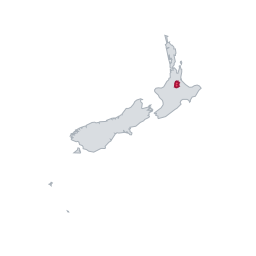 South Waikato District, Waikato, New Zealand (highlighted), rotated 21°
{"feature_id": "76426892B10420121574176", "entity_name": "South Waikato District", "entity_type": "district", "adm_level": 2, "iso_a3": "NZL", "parent_name": "New Zealand", "parent_adm1": "Waikato", "projection": "natural_earth1", "projection_center": [175.86, -38.168], "detail": "fine", "context": "in_parent", "style": "filled", "palette": "rose", "viewbox_px": 256, "rotation_deg": 21, "n_neighbors": 0, "source": "geoboundaries", "source_scale": "gbopen_adm2", "svg_char_len": 4686}
<svg xmlns="http://www.w3.org/2000/svg" viewBox="0 0 256 256"><g transform="rotate(21 128 128)"><path d="M133.6,104.6L134.6,104.7L139.1,101.4L141.0,100.7L141.4,100.6L140.5,101.6L140.7,102.3L139.7,104.5L140.5,104.2L141.1,102.6L141.6,102.3L141.4,101.4L144.1,101.7L143.2,103.3L141.8,104.2L142.7,104.3L144.7,102.7L144.7,103.6L142.1,106.3L142.9,107.8L142.2,109.0L143.0,108.8L144.0,109.8L143.4,111.0L140.5,114.1L140.1,115.6L137.5,118.4L134.7,123.5L129.5,126.7L130.5,127.6L128.7,128.9L130.2,128.6L131.2,130.6L133.5,131.2L133.7,133.1L132.2,133.6L130.7,132.7L128.6,133.0L129.3,132.3L128.4,131.8L126.8,133.3L124.5,131.5L125.8,133.6L121.2,136.1L119.4,136.3L118.7,137.6L117.6,137.7L118.3,138.1L116.9,144.8L115.7,144.8L116.8,145.6L116.7,146.2L115.2,148.2L113.2,153.3L114.0,154.5L113.9,155.4L110.2,156.7L104.7,162.8L99.7,163.7L96.8,163.0L93.5,163.4L92.9,161.7L91.7,160.8L88.7,160.8L87.3,158.9L86.0,158.4L84.6,159.4L80.0,159.3L79.1,159.0L78.9,158.3L80.6,156.3L79.0,157.4L78.3,157.3L79.0,156.4L78.8,155.6L76.9,156.4L77.0,154.7L81.2,153.6L79.6,153.5L79.4,152.9L81.1,151.7L78.8,151.8L79.2,150.3L80.4,150.3L79.9,149.2L82.4,150.3L82.1,149.3L83.0,149.0L81.3,148.3L81.2,147.2L82.1,146.4L83.2,146.7L82.4,145.8L84.4,143.9L85.0,145.3L85.1,143.3L87.6,141.3L88.7,142.1L88.2,140.3L92.5,135.7L94.9,134.5L96.3,134.7L98.5,133.3L99.5,133.8L99.1,132.8L99.4,132.3L105.2,129.7L105.2,128.8L105.8,128.7L105.4,128.4L108.6,125.5L110.0,125.7L109.2,124.9L110.5,124.1L111.9,124.7L111.1,123.8L112.3,123.3L112.9,124.0L113.0,122.9L114.9,120.6L115.3,122.4L115.6,122.2L115.4,120.4L116.8,118.2L117.9,117.7L117.4,117.1L119.3,110.4L121.5,109.5L123.3,107.5L124.6,103.8L124.9,100.9L126.1,98.8L129.3,96.2L132.0,96.2L130.1,96.4L129.9,97.8L130.5,99.0L132.5,99.8L133.6,104.6ZM131.6,29.2L134.5,34.2L136.0,32.7L136.2,33.9L139.1,35.2L139.6,34.8L142.0,36.1L142.3,37.8L143.9,37.2L146.0,41.0L145.7,41.9L146.3,43.3L144.7,43.4L148.4,49.1L147.9,51.2L148.5,52.5L147.7,55.1L149.2,55.9L149.7,55.2L152.9,56.8L153.6,59.2L155.0,59.1L154.5,53.4L153.6,51.9L154.3,51.0L156.3,54.0L157.1,53.9L158.1,56.4L159.1,61.8L160.3,63.4L159.6,63.2L159.5,63.6L160.1,64.1L166.1,66.8L170.6,68.0L173.2,66.9L174.7,64.8L177.2,63.1L179.6,63.2L182.0,64.6L180.6,67.6L179.5,74.2L176.8,76.1L176.2,79.5L176.7,80.8L176.2,81.9L175.1,80.5L172.8,80.1L168.8,81.7L167.7,83.3L167.5,85.4L169.0,86.7L166.6,92.1L165.3,93.7L159.0,103.9L153.0,108.3L152.3,107.9L151.8,106.2L149.3,106.2L149.4,104.2L149.1,104.0L148.2,105.1L147.1,104.7L151.7,97.3L152.5,93.6L151.6,91.7L150.3,89.9L146.4,88.3L144.5,86.4L140.7,84.9L139.6,84.0L139.2,82.8L139.9,80.8L141.9,79.6L144.8,78.8L146.6,76.8L147.6,70.6L148.8,68.3L148.4,66.9L149.5,65.9L147.7,61.9L148.1,60.7L147.5,60.5L146.4,58.0L147.1,57.9L147.8,59.3L148.4,58.1L149.5,57.8L148.2,56.2L146.6,56.7L145.4,56.2L144.6,53.8L142.8,51.2L143.3,51.1L144.7,52.4L145.2,51.4L144.3,49.9L144.6,48.4L143.5,47.5L143.4,48.5L141.4,47.0L140.3,44.6L140.3,45.9L142.6,49.3L142.0,50.1L141.6,49.7L135.7,40.5L137.7,38.0L136.5,38.5L135.4,40.1L134.8,39.4L134.5,38.3L133.0,36.8L133.7,35.8L133.7,34.6L129.2,28.3L132.3,28.1L131.6,29.2ZM89.8,164.4L91.6,166.7L90.6,166.5L90.7,167.0L92.4,167.5L92.4,168.5L86.3,170.6L88.6,166.7L88.4,164.5L89.8,164.4ZM76.4,208.1L77.0,209.5L75.1,208.7L74.0,209.1L75.5,207.7L75.7,206.2L77.1,206.4L76.4,208.1ZM154.8,47.7L155.1,49.4L153.3,48.1L153.2,47.2L153.7,46.5L154.8,47.7ZM140.7,100.0L139.5,100.7L139.8,99.2L141.1,98.3L140.7,100.0ZM79.0,153.0L78.9,153.8L77.2,153.5L78.5,152.6L79.0,153.0ZM102.3,227.2L102.8,227.7L101.9,227.9L101.0,227.1L102.3,227.2ZM80.8,147.8L81.2,149.1L80.1,148.4L80.8,147.8Z" fill="#d9dde1" stroke="#a8b0b8" stroke-width="1"/><path d="M156.1,67.5L156.1,67.8L156.1,68.0L156.0,68.3L156.1,68.5L156.0,68.8L155.9,68.7L155.9,68.8L155.9,69.0L155.8,69.3L155.8,69.5L156.0,69.7L156.0,69.8L156.2,70.0L156.3,70.1L156.2,70.2L156.2,70.3L156.3,70.4L156.3,70.5L156.3,70.8L156.3,71.0L156.3,71.3L156.4,71.5L156.6,71.7L156.7,71.8L156.8,71.8L156.8,72.0L157.0,72.0L157.2,72.3L157.1,72.5L157.3,72.6L157.5,72.7L157.4,72.8L157.5,72.8L157.6,73.0L157.8,73.0L157.8,72.9L158.0,72.8L158.3,72.8L158.5,72.7L158.6,72.8L158.8,72.8L158.8,72.7L159.0,72.7L159.3,72.5L159.3,72.4L159.4,72.2L159.5,72.1L159.6,71.9L159.8,71.7L160.0,71.7L160.3,71.5L160.3,71.4L160.4,71.2L160.3,71.3L160.3,71.2L160.2,71.2L160.3,71.1L160.2,71.1L160.5,70.5L160.1,69.9L159.7,69.9L159.4,69.9L159.4,69.6L159.0,69.6L159.2,69.4L159.7,68.5L159.7,68.4L159.6,68.2L159.4,68.1L159.2,68.0L159.0,67.9L158.9,67.9L158.9,67.7L158.7,67.6L158.6,67.3L158.7,67.2L159.0,67.1L158.8,67.0L158.4,67.2L158.2,67.1L157.9,67.1L157.7,67.2L157.4,67.2L157.4,66.9L157.3,67.0L157.1,67.0L156.9,67.1L156.7,67.0L156.6,66.9L156.5,67.0L156.4,67.4L156.2,67.4L156.1,67.5L156.1,67.5Z" fill="#f43f5e" stroke="#9f1239" stroke-width="1.5"/></g></svg>